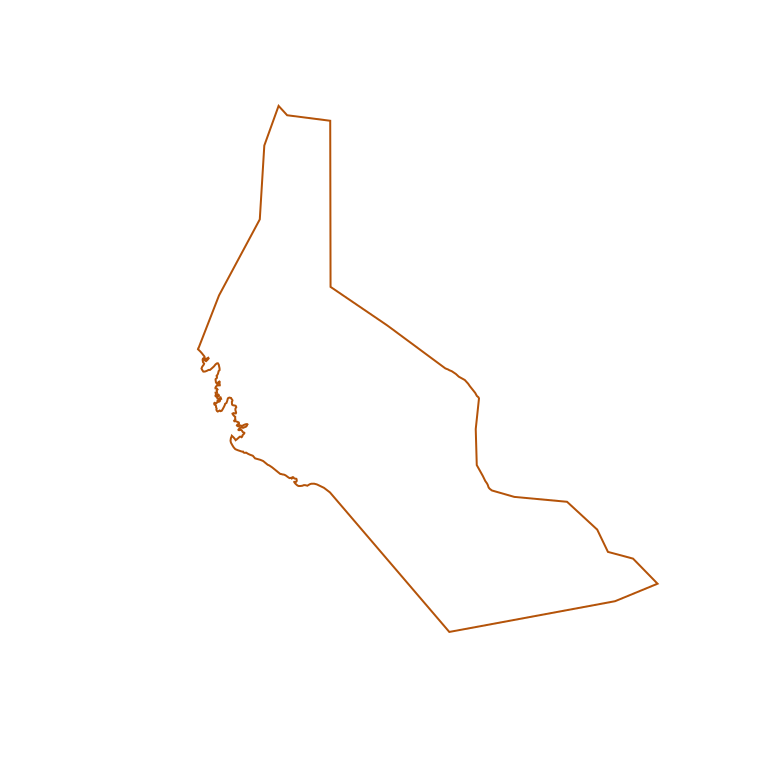 outline of Ulaangom, Uvs, Mongolia, rotated 155°
{"feature_id": "93677404B81994197463432", "entity_name": "Ulaangom", "entity_type": "district", "adm_level": 2, "iso_a3": "MNG", "parent_name": "Mongolia", "parent_adm1": "Uvs", "projection": "albers", "projection_center": [92.268, 50.307], "detail": "fine", "context": "isolated", "style": "outline", "palette": "amber", "viewbox_px": 768, "rotation_deg": 155, "n_neighbors": 0, "source": "geoboundaries", "source_scale": "gbopen_adm2", "svg_char_len": 4423}
<svg xmlns="http://www.w3.org/2000/svg" viewBox="0 0 768 768"><g transform="rotate(155 384 384)"><path d="M220.5,87.4L232.1,120.5L252.0,137.2L252.3,161.9L267.9,199.9L313.6,226.6L331.2,241.9L332.5,244.4L332.9,246.0L332.6,248.9L332.7,250.5L333.2,253.3L333.3,258.9L334.2,271.3L319.9,304.4L304.0,330.8L304.0,332.0L304.9,334.0L305.1,337.4L307.1,345.7L307.6,348.7L309.1,353.5L313.1,359.0L314.6,362.7L316.3,365.5L317.2,367.0L319.0,368.9L319.7,370.0L321.8,372.2L345.7,416.2L356.3,435.7L391.4,494.6L321.5,645.3L358.2,668.5L362.0,680.6L391.7,650.7L427.0,585.7L496.1,534.0L538.4,493.5L537.9,494.1L537.3,492.6L536.8,491.3L536.1,489.0L535.7,487.3L535.1,484.8L535.4,483.6L535.7,482.6L534.8,481.8L533.8,481.9L532.2,482.1L532.1,481.3L533.8,480.5L535.6,479.9L536.3,480.8L536.6,482.4L536.8,483.6L537.4,483.5L538.1,482.7L538.4,481.8L538.8,480.2L538.4,478.5L539.2,477.7L540.2,477.2L541.7,476.3L542.9,475.1L542.8,473.3L542.5,471.6L541.7,471.2L540.6,470.9L538.8,470.8L537.1,470.9L535.7,470.3L533.3,471.0L530.7,471.8L528.3,473.0L526.6,473.3L525.8,473.0L525.6,471.4L526.0,469.6L526.4,467.8L527.1,466.1L528.4,465.6L530.0,463.6L530.8,462.9L533.0,461.7L532.4,461.7L532.3,461.0L533.2,459.9L533.9,459.8L534.4,459.7L534.7,459.4L535.0,458.6L535.3,457.5L535.6,456.7L535.4,455.3L535.2,454.6L534.8,454.5L534.4,455.1L533.7,455.5L532.8,455.8L532.1,455.8L532.0,455.3L532.3,454.9L532.9,454.0L533.0,453.1L533.4,452.2L534.3,452.5L535.3,453.0L536.2,453.1L537.4,452.7L538.5,451.7L538.6,451.2L537.9,450.8L537.4,450.5L537.3,449.9L537.2,449.3L538.4,448.8L538.6,448.2L538.7,447.4L538.9,446.9L539.7,447.1L540.3,447.3L540.5,446.5L540.6,445.8L541.1,445.2L541.8,444.5L541.6,443.9L540.9,444.1L539.9,444.4L539.0,444.8L538.5,444.3L538.4,443.4L538.7,442.9L539.4,442.7L540.1,443.0L540.6,443.0L540.9,442.6L541.1,442.0L541.0,441.4L540.6,440.7L540.2,439.9L539.9,439.9L539.1,440.2L538.3,440.8L537.8,440.9L537.8,439.9L537.9,439.3L539.1,439.4L539.8,439.3L539.8,439.0L539.7,438.1L540.4,437.7L541.2,437.7L541.4,438.6L542.0,439.1L542.3,438.6L543.0,437.8L543.9,437.5L544.6,437.5L545.3,438.5L545.9,438.4L546.3,437.8L546.3,436.9L545.5,435.8L545.6,434.9L546.1,433.6L546.0,432.6L546.8,431.5L546.8,430.2L546.3,429.3L544.1,429.4L543.7,428.5L542.5,428.3L540.9,429.3L538.5,431.1L537.1,432.3L536.5,433.1L535.7,433.3L534.8,433.4L533.1,435.1L531.9,436.6L531.5,437.0L530.0,437.1L529.1,436.4L528.5,435.9L528.5,434.8L528.2,433.8L528.4,432.9L529.4,432.2L530.0,430.7L530.4,429.5L529.8,428.5L528.7,427.8L527.7,427.0L527.6,426.2L527.7,425.4L528.5,424.9L529.3,424.2L529.8,422.8L530.0,421.2L530.2,420.4L530.7,420.0L531.3,420.2L532.6,421.2L533.8,421.2L533.9,420.4L533.3,418.3L532.7,417.1L533.4,415.9L533.6,414.8L534.4,414.5L535.4,414.0L535.3,413.4L534.3,413.1L533.6,412.5L533.1,411.8L532.3,411.1L531.9,410.5L531.9,409.9L532.1,409.5L533.2,409.3L534.1,409.1L534.7,408.8L534.9,408.6L534.7,408.1L534.0,407.2L533.4,407.0L533.0,407.1L532.4,407.6L532.0,407.4L530.7,406.2L529.9,406.0L529.5,406.0L528.7,406.1L527.5,406.1L526.0,405.9L525.0,405.5L524.8,405.1L525.4,404.7L525.9,404.2L526.9,403.7L527.8,403.7L529.3,403.8L530.2,403.8L531.0,404.4L532.0,405.0L532.8,405.0L534.3,404.6L535.3,404.1L535.3,403.7L534.5,403.2L533.7,403.1L533.0,402.9L532.8,402.6L532.5,402.0L532.4,401.2L532.3,400.3L532.1,399.8L531.7,399.4L531.2,398.9L531.2,398.6L531.7,398.2L532.1,398.0L533.2,397.6L534.1,397.2L534.5,396.5L534.9,396.2L535.6,396.0L535.8,396.3L536.3,396.9L537.1,397.2L537.9,396.9L539.6,396.4L541.0,396.0L542.2,395.8L542.2,396.3L542.5,397.7L543.0,399.4L543.8,401.4L544.3,400.8L545.6,399.7L547.1,397.4L547.5,395.5L547.3,392.5L547.0,390.1L546.3,387.8L545.5,386.9L544.3,385.6L542.8,384.2L542.0,383.4L541.3,382.8L540.3,382.3L540.3,381.5L539.8,380.8L539.0,380.3L538.0,380.1L536.6,378.0L535.3,376.5L533.2,374.4L532.3,371.1L528.2,367.6L526.1,365.3L523.5,359.9L522.4,358.7L520.6,355.7L517.1,348.5L516.0,346.3L515.0,345.7L514.3,345.0L512.9,344.1L511.8,342.8L510.0,339.5L509.3,338.6L508.7,338.4L508.1,338.3L507.9,338.0L507.6,337.7L507.5,337.3L507.1,337.4L506.9,337.8L506.5,338.2L505.9,338.1L505.5,337.5L505.4,336.7L504.9,336.0L504.2,335.6L503.5,335.1L503.6,334.4L503.7,333.7L504.3,332.8L504.9,332.5L505.5,332.4L505.9,332.9L506.7,333.2L506.8,333.0L506.7,332.4L506.4,331.1L505.8,329.6L505.2,328.4L504.3,327.5L502.6,326.8L501.0,326.3L499.3,326.2L498.0,325.5L496.4,324.2L495.1,324.4L493.3,324.5L492.0,324.3L489.5,323.2L487.3,321.4L482.3,315.3L478.8,308.6L429.6,131.7L266.4,89.5L220.5,87.4Z" fill="none" stroke="#b45309" stroke-width="2"/></g></svg>